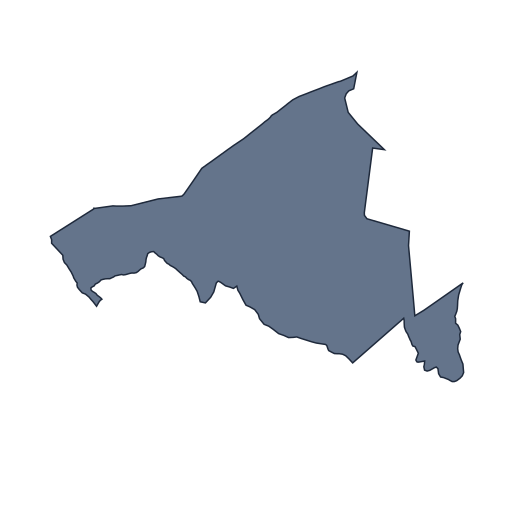 outline of Santa Catarina Yosonotú, Oaxaca, Mexico, rotated 349°
{"feature_id": "50627088B97358550185776", "entity_name": "Santa Catarina Yosonotú", "entity_type": "district", "adm_level": 2, "iso_a3": "MEX", "parent_name": "Mexico", "parent_adm1": "Oaxaca", "projection": "albers", "projection_center": [-97.679, 17.005], "detail": "fine", "context": "isolated", "style": "filled", "palette": "slate", "viewbox_px": 512, "rotation_deg": 349, "n_neighbors": 0, "source": "geoboundaries", "source_scale": "gbopen_adm2", "svg_char_len": 3523}
<svg xmlns="http://www.w3.org/2000/svg" viewBox="0 0 512 512"><g transform="rotate(349 256 256)"><path d="M57.9,197.5L58.5,201.0L57.8,204.5L66.5,218.4L66.0,222.3L66.7,225.9L68.6,228.8L70.1,233.0L71.5,236.4L72.7,240.8L72.9,242.6L74.2,246.3L75.3,248.4L74.7,250.4L74.8,252.6L76.1,255.2L78.4,259.0L81.4,260.9L84.3,264.5L85.7,267.1L87.3,269.7L89.9,274.9L93.0,271.3L94.6,269.9L96.5,269.0L95.5,267.4L94.1,265.8L92.7,264.3L91.7,262.3L90.2,260.8L88.7,259.5L87.6,257.9L87.8,255.9L89.5,255.0L91.4,254.5L92.9,252.9L95.2,252.3L97.3,251.4L99.4,249.9L101.6,249.7L104.0,249.7L106.2,250.0L108.2,250.4L110.0,249.9L112.2,249.4L113.9,248.6L116.3,248.6L118.3,248.5L120.5,248.5L122.3,249.3L124.5,249.4L126.6,249.2L128.8,249.0L130.9,249.0L133.0,249.5L135.3,249.5L137.4,248.6L139.1,247.5L140.9,246.6L143.0,246.2L144.7,245.1L145.7,243.0L146.7,240.8L147.3,238.7L148.2,236.6L149.2,235.0L150.2,233.0L152.3,232.1L154.3,231.9L156.4,232.1L157.4,233.6L158.9,235.3L160.0,237.0L161.5,238.5L163.4,239.7L164.9,240.9L165.4,243.0L166.4,244.7L167.4,246.3L168.9,247.4L170.0,248.9L171.7,250.2L173.2,251.5L174.8,253.1L176.0,254.8L177.3,256.5L178.5,258.1L180.0,260.0L181.2,261.9L182.8,263.0L183.8,264.7L185.3,266.3L186.9,267.4L187.9,269.1L188.2,270.6L189.9,274.9L190.3,275.9L191.5,279.5L192.2,285.0L192.5,290.3L197.4,292.4L203.6,287.9L207.7,283.2L211.9,274.9L213.3,273.9L213.8,273.6L214.3,273.6L216.2,275.0L220.4,279.5L224.0,281.3L227.7,283.5L231.4,281.9L231.7,286.2L233.0,289.6L234.8,296.3L236.8,302.4L240.2,304.7L244.5,308.4L247.1,313.7L247.5,318.2L250.9,324.6L255.1,327.3L258.9,331.3L263.4,336.5L268.2,339.3L272.4,342.3L277.1,343.0L280.5,343.2L284.4,345.5L288.3,347.6L294.2,350.8L298.5,352.9L307.4,356.1L308.4,357.3L308.6,358.8L308.9,361.0L309.3,362.7L311.6,364.6L314.3,366.7L317.0,367.4L319.1,367.8L322.2,368.9L325.0,371.0L327.6,374.7L330.5,379.4L389.1,345.3L389.1,347.9L388.7,349.8L388.1,354.1L388.5,356.9L388.9,358.9L390.1,361.7L390.5,364.3L390.9,365.8L391.3,367.8L391.9,369.4L392.2,372.5L392.8,374.3L394.8,375.3L395.7,378.4L396.8,382.4L395.3,384.9L394.1,386.9L393.1,388.6L393.4,389.7L393.9,390.8L395.4,391.2L401.5,391.3L400.6,394.5L399.6,396.8L399.7,400.2L402.0,401.6L404.8,401.4L409.8,399.7L411.8,399.4L413.1,401.3L412.8,406.4L414.1,410.0L417.1,411.2L418.9,412.4L421.3,413.9L422.6,415.1L424.6,416.7L426.7,417.1L429.2,416.7L432.3,415.2L432.8,415.0L435.6,413.0L437.6,410.0L438.0,406.1L438.5,401.6L437.6,397.1L437.1,393.8L436.8,391.6L436.1,388.8L436.3,385.4L437.3,382.0L440.6,376.6L441.0,371.9L442.5,369.3L441.8,365.6L440.9,362.3L439.1,360.1L440.0,355.7L439.6,353.1L440.7,351.6L442.6,348.5L443.6,346.0L444.4,343.0L445.5,338.4L447.5,332.9L450.7,326.8L452.6,323.4L454.2,321.9L424.5,335.1L410.5,341.3L400.5,345.0L402.3,327.9L407.7,274.9L411.3,260.9L372.0,240.6L370.2,236.8L370.6,234.1L391.1,172.3L402.3,176.1L381.0,145.9L373.9,132.6L373.2,117.8L375.5,114.0L378.6,111.6L383.8,110.5L390.1,94.9L385.5,97.8L380.6,98.8L379.3,99.1L372.0,100.6L370.3,100.6L358.2,102.4L355.0,102.9L350.4,103.8L344.6,104.8L340.6,105.5L337.5,106.1L330.7,107.3L328.9,107.6L321.9,109.7L316.7,112.3L311.6,115.0L308.8,116.4L303.8,119.0L299.0,120.6L297.6,121.4L296.9,122.2L295.6,123.2L293.6,124.4L290.5,125.8L287.7,127.4L282.7,130.0L274.9,134.0L266.1,138.6L261.6,140.5L254.9,143.3L251.7,144.8L249.2,145.9L240.6,149.9L235.2,152.4L230.5,154.6L226.2,156.5L219.5,159.6L208.0,171.0L197.6,181.1L196.9,181.7L195.8,182.4L194.6,183.1L170.8,181.3L142.9,182.8L134.2,181.5L128.6,180.4L125.1,179.5L106.6,178.5L106.1,178.1L105.5,178.9L57.9,197.5Z" fill="#64748b" stroke="#1e293b" stroke-width="1.5"/></g></svg>